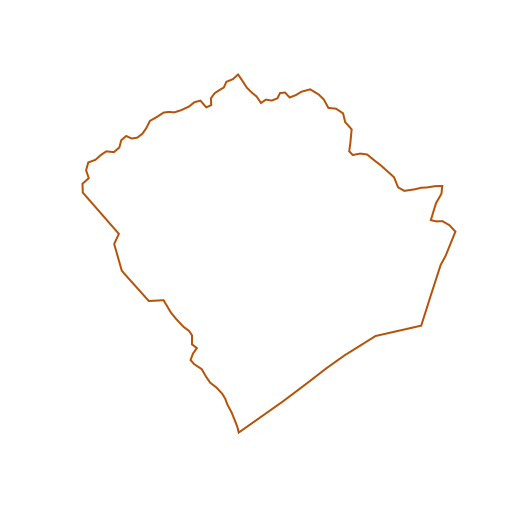 outline of Craíbas, Alagoas, Brazil, rotated 15°
{"feature_id": "56859067B56014310634497", "entity_name": "Craíbas", "entity_type": "district", "adm_level": 2, "iso_a3": "BRA", "parent_name": "Brazil", "parent_adm1": "Alagoas", "projection": "natural_earth1", "projection_center": [-36.799, -9.64], "detail": "fine", "context": "isolated", "style": "outline", "palette": "amber", "viewbox_px": 512, "rotation_deg": 15, "n_neighbors": 0, "source": "geoboundaries", "source_scale": "gbopen_adm2", "svg_char_len": 1527}
<svg xmlns="http://www.w3.org/2000/svg" viewBox="0 0 512 512"><g transform="rotate(15 256 256)"><path d="M435.1,247.7L436.7,216.7L439.1,206.8L442.3,180.8L434.9,176.2L427.0,174.1L421.2,175.9L415.6,176.1L415.9,166.3L416.2,158.4L419.0,147.9L417.8,140.2L411.1,142.1L403.0,145.7L397.9,147.3L391.9,150.6L382.4,154.7L375.5,152.9L368.9,144.2L352.6,135.9L346.7,133.5L337.0,129.2L330.2,130.1L323.3,133.4L318.9,130.7L318.0,123.1L315.6,108.9L307.5,103.6L303.2,95.7L295.3,93.0L287.6,94.2L280.8,87.1L274.8,83.8L265.2,81.0L257.3,85.6L252.9,90.2L247.5,94.2L241.8,90.6L237.0,92.4L235.9,98.1L231.0,101.8L225.1,102.4L221.2,106.9L215.3,101.8L209.4,99.1L203.5,95.7L197.4,90.2L191.7,85.3L187.9,91.2L182.3,95.4L181.3,101.6L177.6,105.3L173.9,109.5L171.6,115.4L173.7,121.8L169.5,125.3L162.1,120.3L156.7,123.4L152.5,129.1L145.7,134.7L139.9,138.4L134.4,139.4L129.6,141.4L124.6,147.0L118.6,152.9L116.9,161.0L114.6,167.3L110.7,172.4L105.5,174.7L99.5,173.7L95.9,179.0L95.9,186.5L91.9,192.4L84.3,193.7L80.0,198.6L76.0,204.7L69.8,209.0L69.7,217.2L74.3,224.1L69.7,231.1L72.3,239.6L117.8,270.1L115.9,281.1L130.2,305.0L136.2,309.0L164.1,327.2L173.4,324.2L178.1,322.6L188.5,332.7L195.3,337.6L204.2,343.1L210.9,345.8L214.8,349.3L217.0,357.9L222.7,360.3L220.4,366.5L219.7,373.4L224.3,376.5L232.8,379.3L238.9,385.4L244.6,390.3L251.7,393.2L258.9,397.7L263.1,401.7L266.8,406.9L272.9,413.4L278.2,420.4L282.2,425.9L285.0,431.0L320.1,388.9L338.6,365.2L353.3,345.9L367.3,329.0L392.2,302.3L433.6,280.5L435.1,247.7Z" fill="none" stroke="#b45309" stroke-width="2"/></g></svg>